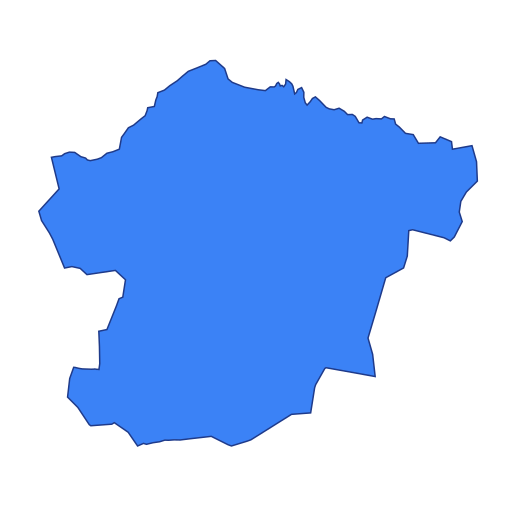 the district of Ibarapa North, Oyo, Nigeria, rotated 92°
{"feature_id": "59680162B62922932811240", "entity_name": "Ibarapa North", "entity_type": "district", "adm_level": 2, "iso_a3": "NGA", "parent_name": "Nigeria", "parent_adm1": "Oyo", "projection": "albers", "projection_center": [3.131, 7.658], "detail": "fine", "context": "isolated", "style": "filled", "palette": "blue", "viewbox_px": 512, "rotation_deg": 92, "n_neighbors": 0, "source": "geoboundaries", "source_scale": "gbopen_adm2", "svg_char_len": 2405}
<svg xmlns="http://www.w3.org/2000/svg" viewBox="0 0 512 512"><g transform="rotate(92 256 256)"><path d="M122.1,117.3L119.3,121.1L116.7,121.9L114.2,122.7L114.2,126.4L112.1,132.5L114.6,135.4L114.5,140.9L115.2,144.3L113.4,149.8L116.4,154.2L119.3,154.8L119.3,157.7L113.0,161.7L111.2,164.6L111.5,169.4L108.3,172.8L105.4,178.1L107.1,183.0L106.4,187.9L105.0,191.1L98.4,197.9L94.9,202.2L96.6,205.1L99.8,207.1L103.4,210.2L101.2,212.1L95.8,213.8L90.7,213.9L86.1,216.3L88.1,220.0L91.2,221.3L92.7,223.0L85.1,225.0L82.7,226.3L80.6,228.7L78.6,232.1L83.1,232.4L85.9,234.2L84.6,235.9L85.2,237.7L83.4,238.4L81.7,239.8L82.9,241.3L85.4,242.4L86.4,243.7L86.5,247.7L90.4,252.4L89.8,259.5L87.7,273.3L83.3,285.8L80.0,290.1L69.7,293.9L62.0,303.2L62.5,308.8L66.1,312.8L70.0,321.4L73.8,330.1L78.5,335.4L83.6,340.8L88.8,348.1L93.4,353.3L96.2,359.8L99.8,360.3L100.3,360.4L103.7,361.6L110.1,362.8L111.6,369.4L114.5,369.9L119.7,371.7L123.1,375.8L129.5,382.9L132.3,388.0L138.6,392.1L142.1,394.5L154.0,396.3L155.4,399.5L156.8,402.7L158.5,408.6L163.1,413.9L164.8,418.0L166.5,425.0L165.9,427.9L164.1,429.7L163.3,432.7L162.9,434.4L158.8,440.8L158.7,446.1L160.4,450.8L162.7,453.7L163.6,459.7L163.8,460.7L164.5,463.9L195.8,455.1L218.8,474.6L227.6,471.7L228.0,471.6L240.1,463.3L246.4,459.7L274.7,446.9L273.0,439.6L274.5,431.3L280.5,424.3L275.3,396.0L284.3,385.6L301.8,387.7L303.5,391.4L310.6,393.7L334.7,402.4L336.7,410.5L337.3,410.4L351.9,409.3L369.1,408.4L374.9,409.0L374.8,409.9L374.8,410.9L374.8,411.6L374.6,412.5L374.6,413.7L374.8,414.6L374.8,415.3L374.9,416.3L374.9,417.4L374.9,418.9L374.9,421.1L374.9,422.6L374.9,424.1L374.9,425.7L374.6,428.1L374.3,429.9L374.0,431.4L373.7,432.8L373.6,434.3L384.9,437.9L403.6,439.4L413.5,428.8L430.3,416.8L431.4,415.2L429.1,394.2L427.5,391.8L436.6,377.6L450.0,367.7L447.2,361.9L448.0,358.9L446.2,352.4L445.0,345.8L443.2,340.7L443.2,337.0L442.6,331.4L442.5,325.3L442.1,322.9L441.0,315.9L437.8,294.4L445.6,277.3L446.7,273.9L441.4,258.5L439.9,254.7L413.0,215.0L410.9,195.9L385.6,192.8L382.5,191.9L366.0,183.3L365.2,182.1L372.3,132.7L350.2,136.0L334.1,141.2L306.3,134.0L273.2,125.6L262.8,108.1L250.8,104.8L225.3,104.2L224.3,100.4L231.2,68.7L234.1,62.3L230.1,58.5L214.4,51.1L205.0,54.4L203.2,54.2L194.2,53.2L184.7,48.0L173.4,37.4L154.1,38.9L138.2,44.0L142.4,63.4L134.9,64.6L130.5,76.1L136.6,80.6L137.7,97.6L129.2,103.1L128.2,110.9L122.1,117.3Z" fill="#3b82f6" stroke="#1e3a8a" stroke-width="1.5"/></g></svg>